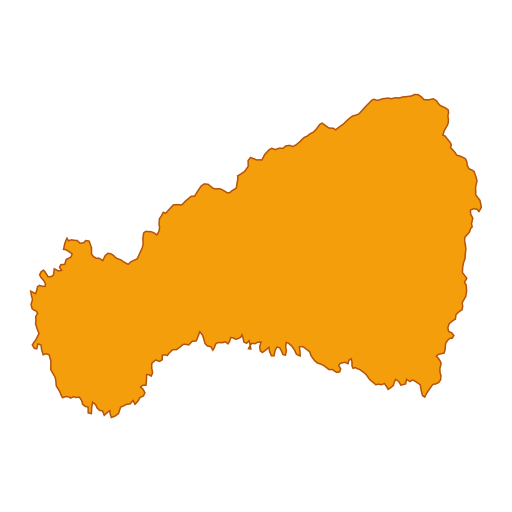 Mimoso de Goiás, Goiás, Brazil (Equal Earth projection)
{"feature_id": "56859067B56416792838659", "entity_name": "Mimoso de Goiás", "entity_type": "district", "adm_level": 2, "iso_a3": "BRA", "parent_name": "Brazil", "parent_adm1": "Goiás", "projection": "equal_earth", "projection_center": [-48.343, -15.009], "detail": "fine", "context": "isolated", "style": "filled", "palette": "amber", "viewbox_px": 512, "rotation_deg": 0, "n_neighbors": 0, "source": "geoboundaries", "source_scale": "gbopen_adm2", "svg_char_len": 5674}
<svg xmlns="http://www.w3.org/2000/svg" viewBox="0 0 512 512"><path d="M451.3,144.8L450.0,142.2L447.1,138.7L445.2,136.1L442.8,135.2L444.2,131.0L445.7,128.1L447.4,125.3L448.3,122.6L448.4,119.6L447.9,115.6L448.6,112.6L448.2,109.9L444.9,107.6L440.4,105.6L438.1,103.3L436.7,100.9L433.3,98.8L428.5,99.9L424.0,99.6L421.5,97.0L418.3,94.7L414.5,94.5L411.3,96.0L405.8,96.7L402.4,97.0L399.7,97.9L395.1,97.8L391.6,98.7L388.2,98.1L383.0,98.7L377.5,100.4L373.8,99.3L371.7,100.3L369.6,102.5L367.4,104.7L364.4,107.9L358.9,113.9L356.9,114.8L352.6,116.0L348.8,118.8L343.3,124.1L338.6,127.4L335.6,129.9L333.5,128.3L328.9,128.0L322.0,123.1L319.6,124.6L315.7,129.9L313.0,132.4L310.3,133.6L307.0,136.3L304.4,137.3L302.3,139.1L300.2,141.4L296.4,144.6L293.0,146.5L289.6,145.4L285.5,146.0L283.2,148.3L278.9,148.2L275.5,149.6L271.8,148.3L269.1,149.7L264.7,154.5L261.8,160.0L259.3,159.8L257.0,160.0L254.7,159.1L250.5,157.5L248.1,160.6L248.2,166.3L244.7,171.3L240.7,174.1L237.7,175.8L237.8,179.1L237.2,182.2L236.3,188.1L232.1,190.6L229.8,192.6L227.6,192.9L224.0,190.8L221.6,189.4L219.3,188.7L215.9,188.9L213.5,188.5L211.1,186.8L208.2,184.3L204.2,183.9L201.1,186.1L199.2,188.9L197.5,191.4L194.6,196.1L191.2,196.3L187.7,199.2L185.3,201.2L181.7,205.0L179.0,204.7L176.4,204.7L173.3,204.9L170.1,208.4L167.7,211.0L165.7,213.3L163.2,212.3L161.1,216.5L159.5,218.5L159.0,224.2L159.6,227.1L159.0,231.2L156.9,234.9L153.7,232.7L151.1,231.7L145.7,231.4L143.7,232.9L142.9,238.0L143.1,244.2L142.3,247.8L140.0,252.7L138.4,256.3L137.0,259.0L134.0,260.3L130.7,261.9L128.2,264.3L125.9,263.1L123.4,261.7L120.7,259.8L117.1,258.6L115.1,257.1L113.4,255.3L110.6,253.7L107.8,253.3L105.2,255.6L102.8,260.6L99.2,258.2L96.2,258.3L93.3,256.4L91.5,254.0L91.5,247.8L89.1,241.1L85.8,240.5L83.5,242.9L80.0,243.2L77.3,240.5L74.9,240.4L71.4,239.8L68.5,240.8L67.0,238.2L65.9,240.5L64.8,243.5L63.5,249.4L65.7,249.6L68.2,251.1L72.1,253.9L71.0,257.0L69.1,258.0L66.2,259.4L64.7,264.4L60.9,264.6L59.5,267.2L61.6,270.4L58.3,270.9L54.3,268.8L53.5,275.0L51.1,276.7L48.0,276.7L45.1,271.9L43.5,270.1L41.1,271.8L39.6,274.7L40.9,277.4L43.6,280.4L45.4,283.5L45.2,286.3L43.0,286.4L39.3,285.4L37.5,286.8L36.7,290.5L35.5,293.7L33.4,292.5L30.7,291.2L31.5,295.9L32.5,299.5L31.0,304.5L32.1,308.6L33.9,310.1L36.3,311.1L37.6,313.5L35.7,316.5L35.9,320.0L35.6,323.9L37.1,328.8L39.0,333.5L35.8,339.8L33.9,342.4L32.3,345.0L34.4,348.4L36.8,348.8L37.9,343.9L41.0,345.0L41.6,349.6L43.2,354.8L46.1,353.7L49.1,354.8L50.9,361.0L50.7,369.5L53.0,373.7L54.8,376.5L55.7,379.6L56.3,386.0L59.8,391.7L61.1,395.2L62.5,397.7L65.4,396.6L68.6,396.8L70.7,398.1L73.6,396.6L76.0,397.5L79.4,397.2L81.7,400.6L82.6,404.3L85.3,406.4L88.1,407.1L88.2,412.9L91.4,413.6L91.7,407.2L92.6,402.3L95.6,404.6L97.2,408.1L99.6,410.4L102.6,411.0L104.2,415.3L107.9,412.0L109.8,410.7L110.1,413.6L111.3,417.5L114.7,416.3L118.5,413.6L120.6,407.1L123.7,405.8L126.4,404.4L130.1,403.9L133.1,400.5L135.0,404.3L137.9,401.2L140.1,397.4L143.4,396.0L144.9,392.8L143.2,389.4L140.5,387.0L142.8,385.3L146.0,385.2L146.5,379.3L146.6,374.6L148.9,374.7L151.2,376.1L152.6,372.8L151.7,368.0L151.8,363.4L155.5,360.0L159.6,361.4L162.2,359.8L162.3,355.2L165.2,354.8L167.4,355.5L168.8,353.4L172.7,349.7L176.6,349.6L180.7,346.5L183.1,344.4L185.6,344.3L188.8,344.9L192.2,341.3L196.3,340.9L198.1,336.3L199.8,331.7L202.4,334.9L203.5,338.1L205.1,343.6L207.4,346.0L211.0,346.8L212.8,350.2L214.3,347.9L215.5,344.2L217.4,342.7L219.7,342.6L222.6,342.7L225.1,341.8L228.1,343.8L229.8,340.9L230.8,337.5L233.3,337.9L235.6,339.3L238.2,338.5L240.7,337.3L242.0,334.8L243.1,338.0L243.8,341.9L246.6,343.3L249.0,340.7L250.2,345.3L251.9,343.3L254.9,343.7L257.8,342.2L261.0,342.1L259.7,346.6L260.2,350.8L262.4,352.5L265.6,350.2L268.9,347.3L269.5,351.4L271.4,355.8L274.0,355.8L275.2,350.0L277.1,347.0L279.7,347.8L281.2,350.5L282.9,354.5L285.4,355.2L286.4,350.9L285.7,347.0L286.2,342.4L288.4,343.2L291.9,346.2L294.8,350.5L295.8,353.1L297.4,354.9L300.2,355.9L300.0,351.2L299.3,347.0L301.7,346.5L303.9,347.3L306.1,349.0L309.6,351.7L311.2,356.0L313.5,359.2L315.1,361.1L317.5,363.1L320.1,363.9L323.1,365.1L325.2,366.6L329.0,369.6L332.2,369.5L336.6,372.4L339.7,371.9L340.7,368.7L338.7,365.6L340.1,363.5L342.4,362.8L345.0,362.3L348.0,363.7L348.9,360.2L351.3,358.8L352.0,362.5L352.0,366.0L353.1,368.4L355.2,367.6L357.3,368.6L359.7,369.5L363.7,372.4L366.0,374.4L369.0,378.6L371.3,381.0L374.0,383.1L375.9,384.8L378.3,384.1L380.9,384.7L384.5,383.6L386.6,386.6L388.2,389.4L390.9,387.5L393.4,385.4L394.3,382.1L395.7,379.3L398.6,381.4L400.9,385.2L405.6,383.9L406.6,379.3L409.9,381.6L412.1,380.1L414.3,380.7L416.5,382.2L420.2,384.7L421.2,390.6L422.5,395.6L424.8,397.1L426.2,394.0L428.5,390.5L432.7,384.5L435.9,383.9L438.7,382.5L440.6,379.8L440.9,375.5L440.0,372.4L439.9,368.4L441.1,363.5L440.1,360.9L438.3,358.2L436.4,356.2L438.6,354.3L441.9,353.6L444.1,353.0L445.0,350.2L445.6,343.5L447.6,340.4L449.7,338.4L452.2,338.2L453.9,335.4L451.8,332.9L448.7,331.5L447.8,327.7L449.3,323.6L452.2,321.1L455.4,319.1L456.0,314.7L458.0,312.6L460.1,311.0L462.0,309.8L462.7,306.8L462.2,302.6L464.1,299.4L465.8,296.3L466.6,290.9L466.2,285.1L464.5,282.2L466.8,278.3L462.4,272.6L462.7,267.3L463.4,263.2L465.0,258.6L465.3,254.2L465.9,249.0L465.3,244.4L464.6,241.1L464.8,237.3L467.6,234.3L469.6,231.8L470.6,228.6L472.2,226.8L471.5,223.8L472.8,218.2L470.7,214.3L470.4,210.0L473.2,208.9L476.6,209.0L479.0,211.5L481.3,207.5L480.6,203.2L479.9,200.3L475.7,194.9L475.6,187.2L476.1,184.5L477.0,181.2L476.3,177.9L475.0,174.2L474.2,171.6L472.1,170.1L468.9,168.7L467.2,165.2L466.8,161.6L465.5,158.9L463.6,157.7L459.9,156.0L456.7,155.2L454.9,152.3L452.6,149.7L450.5,147.6L451.3,144.8ZM250.2,345.3L248.5,348.7L250.8,349.0L250.2,345.3Z" fill="#f59e0b" stroke="#b45309" stroke-width="1.5"/></svg>